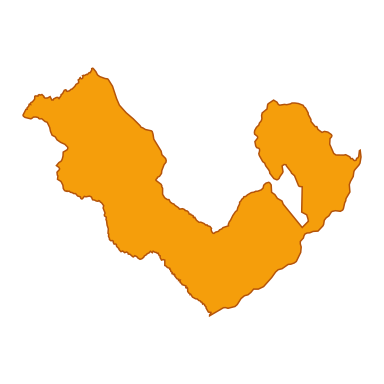 Januária, Minas Gerais, Brazil
{"feature_id": "56859067B69142797953958", "entity_name": "Januária", "entity_type": "district", "adm_level": 2, "iso_a3": "BRA", "parent_name": "Brazil", "parent_adm1": "Minas Gerais", "projection": "robinson", "projection_center": [-44.822, -15.321], "detail": "fine", "context": "isolated", "style": "filled", "palette": "amber", "viewbox_px": 384, "rotation_deg": 0, "n_neighbors": 0, "source": "geoboundaries", "source_scale": "gbopen_adm2", "svg_char_len": 5929}
<svg xmlns="http://www.w3.org/2000/svg" viewBox="0 0 384 384"><path d="M91.7,68.6L91.7,70.0L90.2,72.7L89.2,72.6L87.4,74.5L86.7,74.3L84.5,75.5L83.4,75.3L82.5,75.8L83.0,76.5L82.6,78.3L81.7,78.8L80.8,78.4L80.3,77.6L79.7,78.1L79.5,79.1L78.2,79.9L78.7,81.9L78.5,82.9L76.0,84.4L74.8,86.4L71.9,89.2L71.2,89.2L69.4,90.8L67.4,91.4L66.5,91.2L66.4,90.2L65.5,89.8L64.3,90.3L62.5,93.7L61.1,94.6L61.1,95.6L59.0,98.6L57.9,97.4L56.3,97.5L53.5,99.0L53.3,99.9L51.8,100.0L50.1,96.6L47.5,98.0L45.1,98.1L44.0,97.3L44.0,96.5L41.9,94.5L40.6,95.0L39.1,94.6L38.2,95.2L38.0,96.1L35.5,95.9L34.8,96.3L34.6,99.2L32.4,101.9L31.2,102.4L30.0,103.8L30.5,104.5L29.1,104.4L28.7,106.2L27.0,108.0L27.2,109.2L25.9,109.4L23.0,115.1L23.4,116.2L25.0,117.4L30.6,118.8L31.5,118.6L33.4,117.1L36.0,117.0L38.3,117.6L38.8,118.5L39.7,118.9L41.7,118.7L45.0,121.5L47.2,122.3L49.7,127.5L50.5,131.4L52.1,135.2L55.3,136.9L57.0,139.8L60.7,142.4L64.9,144.3L67.8,147.3L67.7,148.8L67.1,149.8L63.2,152.1L63.0,156.1L62.2,159.2L61.3,161.0L58.9,162.6L56.4,165.6L58.8,167.3L59.6,168.7L59.4,169.6L57.0,172.2L57.3,175.1L57.9,175.9L57.5,179.3L60.8,181.3L61.4,182.2L62.9,185.2L63.3,188.6L64.6,190.6L66.4,191.3L66.9,190.9L67.6,191.4L69.2,191.2L70.5,192.3L72.2,192.6L73.8,193.6L75.6,193.6L77.6,196.0L80.3,196.8L80.8,198.3L81.4,198.9L82.4,198.8L84.3,196.4L86.0,196.8L89.5,196.1L91.4,197.0L92.6,199.8L94.6,200.1L96.2,201.0L98.1,201.3L98.7,200.6L99.5,200.8L100.2,201.9L101.6,202.8L103.7,205.7L103.1,208.0L105.1,213.1L104.3,214.8L104.5,215.9L106.3,217.2L106.0,219.8L106.5,220.4L107.1,225.2L108.3,228.7L108.0,233.3L108.7,234.0L108.5,236.4L109.4,238.2L109.4,239.3L110.0,240.1L111.0,240.8L112.1,240.5L113.3,241.2L113.3,242.5L114.1,244.1L115.7,244.0L116.4,244.5L116.4,245.8L116.9,246.7L118.9,248.6L119.0,249.5L121.0,251.7L122.7,251.0L124.7,252.7L126.5,252.0L127.2,252.3L128.2,253.3L128.3,254.1L129.9,254.2L132.7,256.7L133.5,256.9L134.8,255.7L136.8,256.6L138.0,258.1L140.0,259.3L141.8,258.8L143.7,257.3L144.4,255.9L146.6,254.6L147.0,253.8L149.2,252.8L150.4,251.3L152.3,252.7L153.1,251.2L155.1,252.3L156.5,252.5L157.3,253.4L158.2,253.2L159.2,255.6L160.2,255.9L160.1,257.6L161.5,260.1L163.2,259.6L164.8,260.1L164.8,265.5L165.7,265.8L167.4,267.5L169.9,268.4L169.8,269.4L170.5,269.9L170.9,271.5L172.3,272.5L172.0,273.6L172.9,273.8L173.4,274.6L174.3,274.2L174.8,274.9L174.8,276.0L177.0,278.8L178.7,279.4L178.6,280.5L180.1,280.2L179.7,281.1L180.3,281.6L180.2,282.5L181.6,283.5L182.1,284.6L185.9,285.9L185.8,287.7L186.4,288.0L187.1,287.5L187.6,288.2L187.7,291.5L188.8,293.1L190.0,293.7L190.0,294.6L190.8,294.4L192.5,297.1L195.6,298.8L197.3,299.0L198.8,300.5L200.4,301.0L200.9,302.0L201.9,302.2L202.6,304.0L203.2,303.6L204.5,304.6L204.6,305.4L206.1,307.0L206.0,307.9L208.4,312.1L211.0,312.4L210.9,313.2L209.6,314.9L209.6,315.8L223.5,307.7L225.6,307.6L228.0,308.3L235.0,306.5L237.2,304.6L241.0,298.6L244.5,295.7L248.0,294.8L250.9,292.4L253.6,289.1L258.4,289.1L263.6,286.6L271.7,277.5L275.6,272.0L278.2,269.7L282.1,268.7L288.2,264.4L290.8,264.2L294.2,263.0L296.3,261.5L300.7,252.4L301.2,247.0L300.3,243.9L300.3,241.5L303.4,238.0L304.0,235.7L305.0,234.0L307.1,233.0L309.8,232.8L313.1,231.4L318.0,231.1L322.9,225.9L323.6,224.5L324.3,220.3L326.2,217.8L328.9,215.9L331.3,212.0L332.2,211.4L335.3,210.7L340.4,211.3L342.6,210.1L343.4,208.7L344.7,202.8L345.7,200.9L346.0,198.6L349.9,192.0L349.3,184.6L350.4,181.5L353.2,176.5L353.9,171.5L354.8,169.8L358.8,165.2L360.0,163.1L361.0,157.0L360.2,150.2L359.4,150.7L358.7,156.5L357.9,157.8L356.6,158.4L356.2,160.1L354.8,160.6L353.9,160.3L352.3,158.5L350.8,158.7L349.8,156.8L345.7,154.7L343.8,155.1L336.0,155.0L333.7,153.4L329.7,144.2L330.0,138.6L331.5,136.9L331.9,135.7L331.4,134.6L327.9,132.1L324.5,131.4L322.0,132.4L317.9,129.4L316.8,126.6L315.2,126.6L311.0,121.5L310.9,119.4L308.2,114.4L308.2,113.0L305.5,108.0L304.2,107.1L303.1,105.3L298.4,103.5L294.8,103.0L292.0,103.0L290.4,103.9L286.7,104.7L284.4,104.4L279.6,105.2L278.3,104.4L277.0,102.2L273.6,100.1L268.1,103.8L267.6,104.8L267.0,109.0L262.2,112.9L261.6,115.5L261.9,118.8L261.2,120.9L259.4,123.1L258.8,125.1L256.4,127.4L254.7,130.5L254.4,132.3L254.6,134.1L257.3,136.3L257.7,137.1L257.6,138.1L254.9,141.6L255.7,145.9L256.7,147.6L259.0,148.4L259.5,149.2L259.6,150.9L258.8,153.7L259.3,155.5L262.7,161.6L264.7,163.1L265.7,165.8L268.6,169.7L269.5,171.3L269.8,173.3L273.9,178.6L276.8,179.8L277.7,179.6L279.1,178.4L279.9,176.6L282.6,172.8L283.0,171.7L282.1,166.0L284.0,164.5L286.1,164.8L286.4,165.9L290.8,171.5L291.5,173.1L294.5,175.7L298.6,185.8L299.4,186.4L302.2,186.8L301.7,212.1L306.7,214.8L308.0,218.9L308.3,221.3L302.2,227.5L283.2,204.2L282.0,201.0L277.4,198.4L274.8,194.5L271.6,192.3L271.2,185.0L269.9,183.0L268.8,182.3L266.0,183.1L264.4,184.5L263.7,185.3L263.1,188.0L261.3,189.8L257.8,191.2L255.6,191.3L254.2,192.1L251.3,192.6L247.5,194.8L245.6,196.5L243.9,196.7L243.1,198.3L241.7,199.3L241.0,200.8L239.6,202.2L239.6,203.9L237.9,207.3L237.0,210.6L235.6,211.5L232.9,215.4L230.3,220.7L229.5,221.4L228.3,224.3L228.5,225.8L223.0,227.6L221.8,228.9L219.5,229.9L218.5,231.3L215.4,232.2L214.0,233.4L213.1,233.3L211.6,231.5L211.1,229.3L211.5,228.4L210.0,226.5L207.5,225.7L207.1,224.9L205.6,225.0L204.2,223.6L200.9,222.2L199.0,222.3L196.4,220.2L194.8,217.3L193.9,217.7L193.2,217.1L193.4,216.4L193.0,215.6L191.0,214.8L190.7,214.1L189.2,214.1L188.6,212.3L187.3,211.0L185.1,210.5L184.7,209.6L182.6,208.7L179.4,209.1L178.6,207.8L174.9,205.3L173.9,204.0L172.4,203.6L170.3,202.1L169.0,199.6L167.2,199.5L164.6,197.7L162.6,194.3L162.6,188.2L161.7,186.6L161.8,185.7L161.1,184.3L156.0,180.4L155.9,179.6L157.2,178.2L157.5,177.3L159.5,176.3L161.5,173.4L161.8,170.6L164.1,164.6L166.0,162.2L166.2,160.4L165.6,158.5L161.9,154.7L161.1,151.1L153.8,139.2L153.0,134.1L152.2,131.5L151.3,130.8L145.4,129.5L142.7,127.8L141.1,127.3L140.0,125.6L133.3,118.9L126.1,112.7L119.4,105.2L116.6,98.7L112.5,86.2L108.4,79.7L107.7,78.9L105.0,78.5L99.8,76.6L97.5,74.9L95.9,71.7L93.6,68.9L92.8,68.2L91.7,68.6Z" fill="#f59e0b" stroke="#b45309" stroke-width="1.5"/></svg>